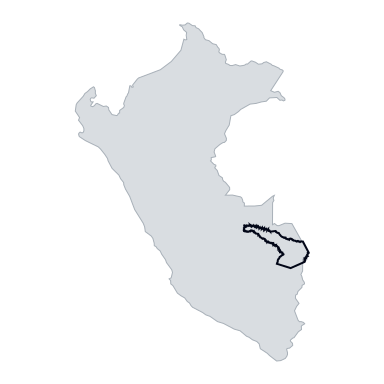 Tambopata, Madre de Dios, Peru (highlighted)
{"feature_id": "86281439B97572959999904", "entity_name": "Tambopata", "entity_type": "district", "adm_level": 2, "iso_a3": "PER", "parent_name": "Peru", "parent_adm1": "Madre de Dios", "projection": "orthographic", "projection_center": [-70.427, -12.188], "detail": "fine", "context": "in_parent", "style": "outline", "palette": "ink", "viewbox_px": 384, "rotation_deg": 0, "n_neighbors": 0, "source": "geoboundaries", "source_scale": "gbopen_adm2", "svg_char_len": 9137}
<svg xmlns="http://www.w3.org/2000/svg" viewBox="0 0 384 384"><path d="M285.0,99.1L284.9,100.3L283.4,100.9L282.0,100.0L279.9,100.3L276.9,97.5L269.5,97.9L266.3,101.2L261.5,101.9L256.1,103.4L250.1,104.1L240.7,109.4L238.6,111.5L234.3,114.6L230.9,115.7L229.2,125.1L225.8,130.7L224.5,133.8L226.4,138.3L226.3,140.5L224.5,142.4L222.9,142.6L219.7,144.6L214.9,148.8L214.1,152.0L215.7,156.3L215.2,156.8L211.2,157.6L211.3,160.0L210.5,160.9L213.9,164.3L215.8,165.1L215.9,165.9L215.6,166.8L214.8,167.2L214.8,167.9L217.2,170.4L219.0,175.5L222.5,177.9L222.6,179.5L223.6,181.2L225.4,182.3L229.6,187.4L229.7,189.7L225.4,195.2L232.6,195.1L240.6,196.9L241.7,197.8L242.7,200.2L242.8,201.8L244.4,203.1L244.3,206.1L254.8,206.0L261.6,205.3L272.6,196.2L274.3,195.4L273.4,197.4L273.3,198.8L273.9,200.4L272.6,202.6L272.5,224.7L274.5,223.5L277.1,225.6L278.9,225.7L285.0,223.2L291.9,223.6L308.1,252.5L306.7,254.5L306.7,256.0L304.7,257.2L302.7,259.5L302.6,271.0L300.9,274.5L301.8,276.3L302.7,279.9L304.2,282.1L304.5,283.5L304.3,284.1L302.1,285.3L301.9,287.4L297.9,291.5L297.2,294.2L295.6,295.1L295.4,298.2L299.0,303.4L296.6,306.4L294.5,310.8L298.1,320.3L299.5,321.7L301.1,321.6L303.5,322.4L304.7,323.8L301.8,325.6L301.3,326.4L301.5,329.5L298.3,331.8L294.0,337.7L292.9,338.0L290.7,339.8L290.3,340.7L290.7,341.5L292.5,343.3L292.7,345.4L289.6,348.1L287.5,348.4L286.6,349.1L287.5,352.7L287.5,354.4L286.8,356.3L285.3,358.4L280.7,360.6L276.6,361.0L269.5,355.5L267.3,353.3L260.3,348.7L259.2,343.9L256.8,341.5L252.5,339.8L249.1,337.3L246.5,336.2L240.1,330.8L234.2,329.1L223.4,323.4L217.5,321.6L209.9,316.3L205.9,314.9L202.6,312.5L192.6,307.3L191.0,305.6L189.5,303.0L187.3,301.5L184.7,297.9L181.0,295.8L177.4,293.1L172.9,285.6L170.8,283.9L170.6,280.5L169.1,278.9L171.2,277.8L172.5,272.4L171.7,269.7L166.5,262.6L165.5,259.7L161.7,254.2L160.2,251.0L157.3,248.6L156.0,246.6L154.3,245.7L154.2,243.2L152.9,238.4L151.2,236.0L145.3,231.6L144.6,226.7L143.2,223.2L134.7,209.6L129.7,196.4L125.5,189.1L123.8,184.8L123.6,182.5L120.6,178.7L118.9,175.1L112.1,168.4L108.1,160.8L107.5,158.5L104.8,154.4L100.5,149.0L98.3,146.9L85.4,140.6L79.3,136.6L78.6,134.5L78.8,133.3L80.1,132.1L82.0,132.9L83.1,132.5L83.9,130.9L83.9,128.6L82.7,125.7L78.5,120.2L79.6,117.6L75.3,111.1L76.2,104.7L77.1,103.0L83.2,96.3L84.9,93.5L87.5,91.6L90.2,88.9L93.5,86.8L94.4,87.5L95.4,90.9L95.3,93.2L96.3,95.7L94.0,98.2L91.6,97.8L90.6,98.4L90.2,99.5L90.7,101.2L91.3,101.9L93.1,101.9L90.7,105.4L90.9,106.1L92.7,106.7L94.3,105.7L96.0,103.7L97.1,103.4L103.4,106.5L106.3,106.0L108.5,107.5L108.8,109.9L112.0,114.6L116.7,115.6L117.5,115.1L118.5,113.3L119.6,113.0L119.7,110.4L123.8,107.4L124.4,105.5L123.7,104.1L123.8,103.1L126.1,96.8L126.9,96.1L127.6,94.1L128.5,92.8L129.8,85.8L130.9,85.8L132.0,87.4L133.3,86.9L132.6,85.4L132.8,84.8L137.3,79.1L138.7,77.9L160.4,69.7L171.3,61.5L180.9,50.3L183.9,39.2L185.0,39.9L186.8,39.6L186.2,35.2L186.6,33.0L186.6,32.4L183.6,29.8L182.3,26.9L179.7,25.3L179.8,24.7L182.6,25.2L185.1,24.9L187.3,23.0L188.9,23.2L192.4,25.6L195.1,25.8L196.0,27.6L198.6,28.8L202.2,32.6L203.9,36.7L203.8,37.5L205.4,39.7L209.0,40.7L212.6,43.7L216.2,44.6L217.9,47.4L218.9,48.3L219.4,49.8L218.8,51.7L219.4,52.7L222.1,54.3L224.4,54.4L224.9,55.2L226.3,59.7L225.4,62.1L225.7,63.4L228.8,64.5L229.7,65.4L232.1,65.6L235.6,64.6L239.8,66.0L243.1,65.5L244.7,65.1L246.2,64.0L247.5,64.1L250.9,61.1L251.8,60.9L255.4,62.2L258.4,64.2L262.1,63.8L263.7,62.5L266.4,61.8L271.3,64.3L272.3,65.4L273.7,65.7L278.9,68.1L279.8,69.1L282.6,70.1L283.2,70.9L283.0,71.8L270.7,90.7L274.5,92.3L278.1,91.3L279.9,92.6L281.3,95.7L284.0,97.7L285.0,99.1Z" fill="#d9dde1" stroke="#a8b0b8" stroke-width="1"/><path d="M244.0,231.1L244.3,231.2L244.4,230.7L244.8,230.5L245.7,230.8L245.9,231.0L245.7,231.2L245.7,231.4L246.0,231.6L246.5,231.7L246.8,231.5L247.1,231.7L247.3,231.5L247.7,231.4L248.2,231.8L248.8,231.7L249.5,231.1L250.4,231.4L250.9,230.4L251.6,230.4L252.1,230.9L252.3,230.7L252.6,230.9L252.8,230.9L253.2,231.2L253.4,231.5L253.9,231.1L254.2,231.7L253.9,232.1L253.9,232.4L254.2,232.5L254.5,232.4L254.7,232.6L255.2,232.6L255.4,233.3L255.9,233.6L256.4,233.5L257.0,233.6L257.6,234.1L257.9,233.9L258.3,233.9L258.7,234.8L258.5,235.3L259.0,235.2L259.3,235.6L259.1,235.7L259.3,235.9L259.8,236.2L259.8,236.6L260.0,236.7L260.2,237.3L261.5,237.7L261.8,238.2L262.4,238.7L262.6,238.8L263.2,238.4L263.5,238.6L264.0,238.9L264.1,238.7L264.6,238.9L264.6,239.2L264.9,239.3L264.9,239.5L265.0,240.1L265.2,240.7L265.6,240.6L265.5,241.0L265.9,241.1L265.8,241.3L265.9,241.2L266.2,241.5L266.5,241.5L266.8,241.5L266.9,241.8L267.0,241.6L267.3,241.6L267.5,241.7L267.9,241.5L268.1,242.0L268.3,242.0L268.4,242.3L268.6,242.3L268.6,242.5L269.2,242.5L269.3,242.7L270.0,242.9L270.0,243.1L270.1,242.9L270.3,243.1L270.6,243.1L270.6,242.9L270.9,242.8L271.0,242.9L271.4,242.9L271.4,243.1L271.7,243.1L271.8,243.2L272.5,243.1L272.4,243.3L272.6,243.4L272.7,243.7L272.6,243.8L272.8,243.9L272.9,244.1L273.2,243.8L273.1,244.0L273.3,244.1L273.3,244.4L273.5,244.3L273.5,244.6L273.7,244.4L273.8,244.7L273.9,244.8L274.1,244.9L274.1,245.0L274.3,245.0L274.5,245.3L274.9,245.2L274.9,245.3L275.2,245.1L275.4,245.4L275.6,245.3L275.5,245.6L275.8,245.7L276.0,245.6L276.1,245.8L276.2,245.7L276.3,245.8L276.3,246.0L276.8,245.8L277.0,246.0L277.3,246.3L277.4,246.2L277.3,246.4L277.4,246.5L277.9,246.8L278.0,247.4L278.1,247.2L278.5,247.4L278.4,247.8L278.5,247.8L278.6,248.0L278.6,247.9L278.9,248.6L279.1,248.6L279.2,249.2L279.3,249.4L279.2,249.5L279.4,249.5L279.5,249.8L279.5,250.0L279.7,250.5L279.4,251.0L279.7,251.1L279.7,251.4L279.9,251.6L280.0,251.5L280.0,251.8L280.2,251.7L280.4,251.8L280.4,252.0L280.7,251.9L280.7,252.0L281.0,252.1L281.1,252.3L281.3,252.2L281.7,252.4L281.9,252.7L282.0,252.5L282.3,252.5L282.4,253.0L282.5,253.1L282.4,253.3L282.5,253.2L282.8,253.3L282.5,253.3L282.5,253.5L282.7,253.4L282.9,253.8L283.5,254.2L283.5,254.4L283.1,254.6L282.8,255.0L281.8,255.4L281.3,255.7L280.6,256.5L279.7,256.9L279.5,257.7L279.1,258.2L278.9,258.8L278.3,259.1L277.8,260.2L277.7,261.9L277.3,262.5L276.9,263.8L290.6,268.1L304.6,261.9L304.7,261.6L304.8,261.4L304.6,261.4L304.5,260.7L304.9,260.8L304.6,260.7L304.8,260.4L304.6,260.3L304.8,259.5L304.7,259.4L304.9,259.2L305.0,259.3L305.3,259.1L305.2,258.9L305.4,258.8L305.2,258.6L305.4,258.6L305.2,258.5L305.5,258.2L305.8,258.2L305.6,257.9L305.9,257.8L305.9,257.3L306.2,257.3L306.3,256.8L306.6,257.0L307.3,256.5L307.0,256.4L307.3,256.2L307.2,256.1L307.6,255.9L307.4,255.6L307.2,255.5L307.2,255.3L307.1,255.0L307.2,254.6L307.4,254.4L307.6,254.4L307.8,254.0L307.8,253.8L308.0,253.6L308.3,253.4L308.1,253.0L308.5,253.0L308.5,252.9L308.7,252.6L302.9,241.5L302.2,241.5L300.9,241.4L300.3,241.9L300.0,241.6L299.0,241.5L298.9,241.3L298.5,241.2L298.5,241.3L298.1,241.0L297.3,241.4L297.1,241.2L296.8,241.5L296.5,241.3L296.3,241.4L294.9,240.6L293.9,240.7L293.4,240.2L292.8,240.2L292.8,239.9L292.4,239.8L292.3,239.4L291.8,239.3L291.7,239.0L291.3,238.9L291.0,238.7L290.6,238.8L290.5,238.6L290.3,238.6L290.1,238.8L289.8,238.8L289.5,239.3L289.3,239.2L289.2,239.5L289.0,239.3L288.6,239.5L288.4,239.3L287.8,239.3L287.6,239.1L287.3,239.2L286.8,239.0L286.5,238.8L286.1,238.6L285.9,238.2L285.7,238.3L285.6,238.0L285.4,238.2L284.9,237.7L284.5,237.8L284.3,237.5L283.7,237.7L282.8,237.0L282.6,237.1L282.1,236.9L281.8,236.7L281.0,236.1L280.3,235.1L279.9,234.9L279.8,234.6L279.5,234.4L278.9,233.1L278.0,232.8L277.7,232.9L277.4,232.6L276.7,232.5L276.3,232.0L276.0,231.9L276.0,231.4L275.6,231.0L270.7,231.6L270.2,231.6L269.7,230.8L269.8,231.2L269.6,231.0L269.3,231.0L269.4,230.5L269.2,230.4L269.1,230.6L268.8,230.6L268.2,230.3L268.5,229.9L268.4,229.6L268.2,229.6L268.2,229.8L267.8,229.8L267.6,230.0L267.7,229.6L267.4,229.9L267.4,229.7L267.2,229.6L267.0,229.9L266.6,229.5L266.4,229.5L266.0,229.2L265.7,229.4L265.6,229.1L265.3,229.3L265.4,229.1L265.1,229.2L264.9,228.9L264.7,229.2L264.7,228.9L264.3,228.8L264.2,229.0L264.1,228.8L264.1,228.6L263.8,229.0L263.6,228.6L263.1,228.7L263.0,228.4L262.8,228.5L262.8,228.8L262.5,228.5L262.0,228.4L262.0,228.2L261.7,228.6L261.7,228.2L261.5,227.9L261.2,228.1L260.9,227.9L260.8,228.0L260.5,227.9L260.3,228.0L260.3,227.7L259.9,227.7L259.8,227.4L259.6,227.6L259.2,227.6L259.1,227.8L259.0,227.3L258.7,227.3L258.3,227.1L258.0,227.1L258.0,226.8L257.7,227.0L257.8,226.7L258.0,226.6L257.9,226.4L257.8,226.6L257.3,226.5L256.9,226.2L256.9,226.5L256.3,226.1L256.1,226.4L256.0,226.0L255.8,226.3L255.6,226.1L255.3,226.5L255.1,226.2L254.8,226.3L254.6,226.3L254.5,226.5L254.3,226.2L254.2,226.4L253.7,226.3L253.6,226.5L253.6,226.4L253.1,226.2L253.0,225.8L252.8,225.9L252.8,225.7L252.2,226.2L252.2,225.9L251.5,226.0L251.4,225.8L251.2,225.9L251.2,225.7L250.8,225.6L250.7,225.4L250.6,225.5L250.4,225.4L250.4,225.5L250.1,225.2L250.2,225.6L249.6,225.8L249.5,225.7L249.5,225.4L249.3,225.5L249.3,225.3L249.2,225.5L248.8,225.5L248.5,225.5L248.4,225.7L248.1,225.5L247.7,225.6L247.4,225.8L246.9,225.7L246.8,225.9L246.7,225.7L246.5,225.8L246.3,225.6L245.9,226.1L245.2,226.1L244.8,225.8L244.8,225.5L244.5,225.3L244.2,225.4L244.4,226.4L245.0,226.2L245.5,226.5L245.5,226.8L245.3,227.1L244.7,227.2L244.5,227.6L244.4,227.5L244.2,227.5L244.0,227.8L244.3,228.0L244.1,228.3L244.1,228.8L244.0,229.1L244.1,229.5L243.7,230.1L244.0,231.1Z" fill="none" stroke="#020617" stroke-width="2"/></svg>